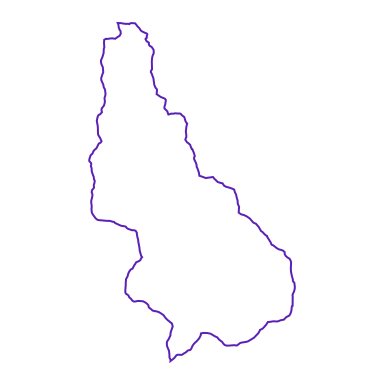 Mewang, Thimphu, Bhutan (Mercator projection)
{"feature_id": "84629894B72045307811039", "entity_name": "Mewang", "entity_type": "district", "adm_level": 2, "iso_a3": "BTN", "parent_name": "Bhutan", "parent_adm1": "Thimphu", "projection": "mercator", "projection_center": [89.55, 27.441], "detail": "fine", "context": "isolated", "style": "outline", "palette": "violet", "viewbox_px": 384, "rotation_deg": 0, "n_neighbors": 0, "source": "geoboundaries", "source_scale": "gbopen_adm2", "svg_char_len": 5943}
<svg xmlns="http://www.w3.org/2000/svg" viewBox="0 0 384 384"><path d="M192.3,149.1L191.8,149.1L190.8,146.8L190.2,144.9L188.4,143.2L186.9,142.2L186.2,141.0L185.3,139.7L186.0,137.6L186.3,137.2L186.3,135.4L186.1,133.5L185.8,131.3L186.1,129.8L186.2,128.0L186.7,125.2L187.2,123.7L186.9,123.2L186.2,122.5L185.4,120.9L184.5,117.7L184.1,116.9L182.7,115.9L181.6,114.9L180.6,113.8L179.9,113.5L177.7,113.5L175.1,113.3L173.5,113.7L171.0,113.7L169.6,114.2L168.4,114.5L168.0,113.5L167.3,111.3L165.6,109.6L164.4,108.3L164.5,106.5L165.2,104.5L165.5,102.3L165.9,100.0L164.8,98.6L160.6,96.9L156.6,94.1L157.0,90.4L156.8,89.2L155.6,87.8L155.1,86.9L154.3,84.8L153.4,78.3L152.6,76.2L151.7,73.6L150.8,72.1L151.0,70.8L152.0,69.4L151.9,64.3L151.8,61.7L151.9,60.3L152.1,57.9L152.6,55.8L153.1,54.5L153.7,53.4L153.7,50.2L153.1,49.0L151.5,46.8L149.7,45.9L148.9,44.5L148.8,42.6L146.7,41.3L145.5,39.1L145.7,38.5L146.6,38.1L146.8,37.2L146.7,36.0L147.1,35.3L147.3,34.6L147.2,34.0L146.6,33.4L145.1,32.9L144.1,32.4L143.5,32.1L142.4,31.6L141.9,31.3L140.9,30.6L140.6,30.1L139.4,28.3L139.0,27.8L137.8,26.7L135.6,23.9L135.0,23.3L133.7,23.2L132.9,23.2L131.6,23.1L130.7,23.1L129.7,23.7L129.4,24.1L128.1,23.8L125.6,23.9L120.6,23.1L117.7,23.0L118.4,24.6L118.7,27.2L119.6,29.8L120.5,31.0L120.8,33.6L119.6,35.8L117.2,37.3L115.3,38.7L113.8,38.6L112.2,38.3L108.7,38.7L107.0,39.0L105.9,38.8L104.2,39.8L104.0,42.6L104.3,47.3L103.8,48.9L103.6,53.1L102.4,57.1L101.0,60.3L101.1,62.9L101.7,64.8L102.8,67.2L103.2,71.4L103.2,72.4L102.2,74.9L101.2,78.2L101.3,80.2L103.3,84.7L103.7,87.1L105.0,89.6L105.5,93.5L105.3,95.6L104.5,98.0L104.7,99.8L104.9,101.7L104.5,103.8L103.8,105.8L103.0,106.8L101.7,108.5L101.5,110.6L102.0,112.1L101.4,112.9L99.8,114.5L99.0,114.8L98.5,115.1L98.1,115.8L97.9,116.2L97.7,116.6L97.0,119.8L96.9,120.2L96.8,120.9L97.1,122.8L97.5,124.7L97.7,125.8L97.9,128.3L97.9,130.4L98.0,133.2L98.2,134.8L98.8,135.9L99.6,137.1L99.9,137.8L100.2,138.1L100.7,139.3L100.8,139.8L101.4,140.8L101.5,141.4L101.2,141.8L101.0,142.1L100.6,142.6L100.0,143.0L98.8,143.6L98.5,144.0L97.6,146.0L96.6,147.9L96.1,148.6L94.8,149.6L94.0,150.5L93.5,151.2L93.0,152.1L92.7,153.1L92.5,153.6L91.8,154.2L91.2,154.7L90.6,155.4L89.7,158.0L89.3,159.6L89.2,160.7L89.4,161.2L89.9,161.9L90.4,162.3L90.8,162.7L91.1,163.3L91.3,164.0L91.1,165.0L90.9,165.7L90.9,166.2L91.6,168.2L91.7,169.7L91.7,170.4L91.6,170.9L91.8,171.5L92.4,173.4L93.2,175.6L93.6,176.5L93.8,177.4L94.0,179.3L94.4,180.0L94.7,180.7L94.7,181.3L94.5,182.4L94.3,183.6L94.0,184.3L93.8,185.1L93.8,186.1L94.0,186.9L93.8,188.0L93.3,188.7L92.5,189.5L92.1,190.1L91.9,190.8L91.8,191.5L91.7,192.4L92.0,192.9L92.4,194.2L92.4,195.8L92.1,197.3L91.8,198.7L91.3,200.3L91.2,201.1L91.3,203.2L91.7,206.0L91.7,206.9L91.5,209.3L91.7,211.5L91.8,212.4L92.5,214.0L94.2,216.4L95.8,218.5L96.9,219.4L97.5,219.8L98.7,220.1L102.0,220.4L106.2,220.8L109.9,220.9L112.9,221.8L113.9,221.8L114.9,222.9L119.8,225.2L121.6,225.9L124.6,226.3L125.7,226.6L127.1,228.3L128.4,229.0L130.3,229.6L131.9,230.2L133.3,230.2L134.3,230.3L135.7,230.9L136.8,232.7L136.9,234.4L137.6,238.1L138.0,239.1L138.4,242.2L139.4,247.5L139.7,250.6L140.7,254.2L141.1,255.7L142.1,257.1L141.3,258.0L140.4,260.0L139.3,260.9L138.3,261.4L136.8,262.0L135.8,262.7L135.5,263.6L134.1,265.5L133.2,267.4L132.4,268.7L130.6,269.6L128.9,272.1L128.0,274.5L127.6,276.3L126.0,279.2L125.8,282.1L125.7,285.6L125.4,289.0L125.3,290.8L125.4,292.5L125.8,293.6L126.9,294.3L128.4,295.4L129.3,297.4L130.7,298.5L132.4,300.7L133.8,301.5L135.3,301.5L138.1,300.9L140.8,301.1L143.1,301.3L145.2,302.4L147.1,303.8L148.4,305.3L148.6,306.3L148.9,307.5L151.4,309.4L152.5,310.5L154.6,311.1L156.2,311.3L158.9,312.1L161.6,313.8L163.5,315.1L165.7,318.2L168.0,320.4L169.6,321.6L172.0,323.6L172.7,326.5L171.4,330.2L170.6,332.7L170.4,335.5L168.7,339.1L167.2,341.3L166.8,342.8L166.9,345.0L167.1,346.3L169.0,350.8L169.4,354.4L169.5,357.6L170.6,360.0L170.5,361.0L173.4,358.8L174.4,357.9L176.5,355.2L177.8,354.7L181.5,354.9L182.5,354.5L182.9,354.1L183.8,353.5L185.1,352.8L186.6,351.7L187.5,350.8L188.3,350.3L189.3,350.2L190.3,349.9L191.2,348.8L192.0,347.0L192.8,345.4L194.1,343.6L195.4,342.4L197.3,340.6L199.3,338.2L200.0,336.7L200.7,335.4L201.0,333.4L203.7,332.9L207.0,333.0L210.6,333.7L214.9,336.3L217.3,337.4L218.9,339.4L220.5,340.7L222.2,341.9L223.2,343.5L224.7,345.0L226.6,345.6L228.8,345.6L231.4,345.4L234.1,345.2L236.8,345.5L237.9,344.8L238.9,344.0L240.0,343.1L241.1,342.7L245.9,341.9L247.7,341.5L248.2,341.2L250.4,339.9L253.9,337.8L256.8,334.8L258.2,333.4L259.4,331.4L259.9,330.0L262.5,328.7L262.9,328.3L264.1,327.1L266.1,324.8L267.9,322.0L270.5,321.8L271.9,321.5L273.2,321.3L274.1,321.3L275.6,321.4L276.7,321.5L278.4,321.2L280.5,320.3L283.9,319.6L286.2,317.2L288.4,316.0L288.9,315.8L289.3,315.6L290.8,312.8L291.4,310.6L291.8,306.8L292.0,306.1L292.6,305.9L292.7,296.1L292.5,295.0L293.1,293.4L294.1,291.4L294.8,288.3L294.8,286.4L294.3,282.6L293.4,281.8L292.9,281.0L292.9,279.7L291.8,275.6L291.0,271.7L290.8,268.3L290.9,266.8L291.1,262.3L290.8,261.4L290.5,260.2L289.4,258.6L287.5,257.5L285.7,255.9L284.7,254.1L284.6,252.0L283.1,250.7L281.1,249.9L279.0,249.4L277.0,248.3L276.1,247.6L273.3,245.4L271.6,244.7L270.6,242.3L267.0,236.5L267.0,236.0L265.5,235.1L264.9,234.4L264.0,233.7L263.3,232.8L262.5,232.0L261.0,231.0L259.1,227.6L258.5,226.7L258.3,226.3L257.8,225.9L257.4,225.5L256.0,223.8L253.3,222.6L249.9,218.6L247.1,216.6L244.3,215.2L243.2,214.8L241.9,214.6L240.9,214.2L238.7,212.6L238.9,209.2L239.1,207.0L237.9,203.9L237.7,203.4L237.6,200.5L236.9,198.3L236.0,194.3L235.0,192.5L234.8,192.0L234.2,189.6L233.0,189.0L230.7,188.1L229.6,187.7L226.4,186.9L224.2,185.8L222.5,183.3L220.7,183.0L220.1,182.7L219.2,182.5L217.7,182.0L216.0,180.3L214.1,178.5L213.2,177.2L212.8,177.0L211.2,177.3L209.5,177.5L207.9,177.7L205.9,178.1L205.4,177.9L201.7,176.5L199.4,175.8L199.0,173.1L198.1,170.1L197.2,167.8L196.7,167.0L196.5,164.6L195.9,162.9L195.1,161.1L194.2,159.3L194.0,157.8L194.8,156.2L194.0,153.2L193.2,151.3L192.3,149.1Z" fill="none" stroke="#5b21b6" stroke-width="2"/></svg>